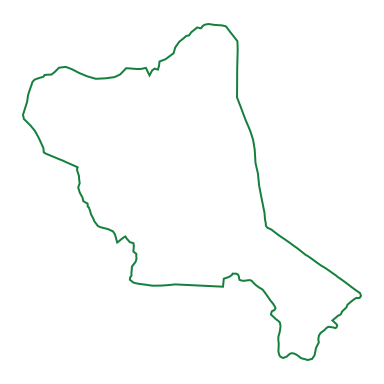 Svay Rieng, Svay Rieng, Cambodia
{"feature_id": "14789045B88579584003183", "entity_name": "Svay Rieng", "entity_type": "district", "adm_level": 2, "iso_a3": "KHM", "parent_name": "Cambodia", "parent_adm1": "Svay Rieng", "projection": "natural_earth1", "projection_center": [105.819, 11.091], "detail": "fine", "context": "isolated", "style": "outline", "palette": "green", "viewbox_px": 384, "rotation_deg": 0, "n_neighbors": 0, "source": "geoboundaries", "source_scale": "gbopen_adm2", "svg_char_len": 3211}
<svg xmlns="http://www.w3.org/2000/svg" viewBox="0 0 384 384"><path d="M360.1,293.2L356.7,290.8L351.7,287.2L347.6,284.0L342.0,279.9L337.6,276.9L335.9,275.4L332.0,272.7L329.5,270.9L325.7,268.3L321.0,265.5L316.3,262.2L312.7,259.5L307.6,255.9L305.8,255.0L301.9,251.9L297.5,248.4L294.4,246.2L290.6,243.4L285.2,239.6L279.7,235.9L274.2,231.8L271.3,229.5L267.3,227.7L265.9,225.7L265.7,222.6L265.0,219.5L264.5,212.8L263.4,207.4L261.3,196.9L259.2,186.0L257.9,173.4L255.5,163.0L254.7,149.6L253.1,139.8L250.2,130.8L245.4,119.5L240.7,106.9L237.0,97.4L237.1,87.1L237.2,67.7L237.7,49.7L237.4,41.2L233.9,36.7L229.5,31.1L226.0,26.4L223.7,25.8L222.1,25.4L214.4,24.9L208.4,24.0L204.9,24.7L203.0,25.7L201.0,28.3L197.1,27.5L194.3,29.8L191.1,32.4L189.2,35.3L186.2,36.0L183.7,38.2L179.3,41.7L176.4,45.8L175.2,47.5L173.6,53.2L165.4,59.3L159.5,61.5L159.0,66.0L157.9,69.6L154.6,68.6L152.2,70.4L149.5,75.4L148.4,73.2L147.8,71.9L147.0,70.2L145.9,67.9L141.2,68.9L136.8,69.0L130.6,68.5L126.2,68.2L123.7,70.8L120.1,74.5L114.5,77.1L105.7,78.3L95.8,78.8L87.1,76.3L79.0,72.9L71.9,69.2L65.8,66.9L59.0,67.7L54.5,72.2L51.4,74.6L47.3,74.7L44.4,75.1L43.7,76.5L42.3,77.1L40.8,77.5L37.9,78.4L34.5,79.7L32.5,81.9L31.3,85.5L29.8,89.8L28.6,93.4L27.9,95.9L27.5,99.4L27.1,101.8L24.9,108.8L23.0,114.8L23.9,119.0L26.7,121.7L30.4,125.4L34.9,130.9L38.7,137.8L42.3,145.6L43.4,148.2L43.8,152.4L45.8,153.6L48.8,154.9L53.7,156.9L57.5,158.5L62.3,160.4L68.0,163.0L77.7,167.3L76.9,169.5L78.9,175.8L79.2,179.9L79.7,183.1L78.2,187.5L79.8,192.7L82.5,197.5L83.3,201.2L87.6,203.6L87.7,206.6L88.8,207.3L89.9,210.3L91.1,214.5L93.1,218.2L94.4,221.4L97.8,225.9L100.2,227.1L102.5,227.7L106.4,228.7L108.5,229.3L113.0,231.4L115.0,234.5L116.2,238.8L117.2,242.5L118.9,241.3L120.7,239.7L123.7,237.4L125.5,236.5L126.4,238.2L129.8,242.1L133.5,243.2L133.8,246.2L133.4,251.6L136.3,253.8L136.3,256.6L136.5,258.8L135.6,261.8L133.6,264.4L131.9,266.7L131.7,270.4L131.4,272.6L131.5,275.5L130.1,277.6L129.9,279.8L131.5,281.0L133.1,282.4L134.9,283.0L138.7,283.8L146.4,284.8L152.3,285.7L161.3,285.6L168.2,285.1L175.3,284.4L223.0,286.7L223.8,278.7L228.9,277.0L231.9,275.0L232.7,273.6L234.1,273.7L236.2,273.7L238.1,274.6L238.9,276.6L239.0,278.1L239.6,279.9L241.6,280.6L244.2,280.8L247.0,280.4L249.7,280.1L251.6,280.7L253.5,282.9L255.9,285.1L258.6,287.2L262.4,289.4L264.8,292.4L268.2,297.2L270.5,300.6L272.9,303.5L274.8,306.5L275.5,308.4L274.2,310.3L272.3,310.9L271.5,312.1L271.0,314.6L273.2,316.6L275.7,319.0L278.3,320.9L279.9,322.6L280.5,326.1L280.0,330.5L279.1,334.3L278.4,336.6L278.3,339.9L278.7,343.1L278.7,345.5L278.6,347.3L278.5,349.4L278.4,351.6L279.4,355.3L280.4,356.7L283.2,358.0L286.7,356.6L289.8,353.8L291.7,353.2L294.0,353.5L296.8,354.9L298.3,355.9L300.8,358.0L302.2,358.5L304.8,359.1L307.5,360.0L311.9,359.0L314.4,355.6L315.3,351.7L315.9,348.4L317.0,345.9L318.8,342.5L318.3,339.3L318.9,335.7L320.6,332.9L324.0,330.5L326.8,327.7L328.4,326.8L330.7,327.1L333.6,327.5L335.3,328.1L336.5,327.4L337.2,325.2L336.0,323.7L333.9,321.8L332.4,320.5L334.9,318.4L337.9,315.8L340.7,314.5L342.2,311.3L344.2,309.5L346.4,307.4L347.5,304.6L349.2,303.3L351.1,301.6L353.0,300.1L354.8,298.8L356.6,297.9L358.5,298.1L359.8,297.7L361.0,295.9L360.1,293.2Z" fill="none" stroke="#15803d" stroke-width="2"/></svg>